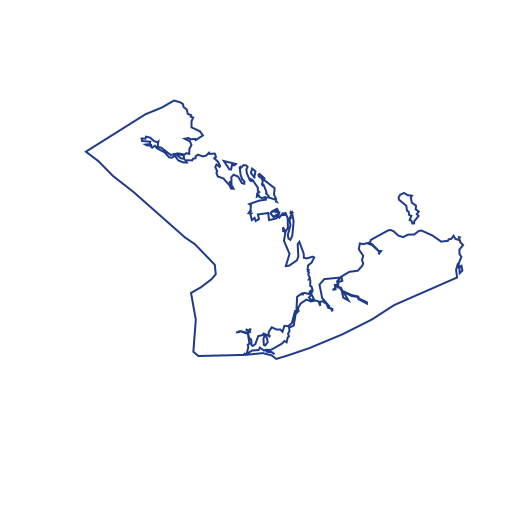 the district of Kaimana, Papua Barat, Indonesia, rotated 202°
{"feature_id": "22746128B93097528927367", "entity_name": "Kaimana", "entity_type": "district", "adm_level": 2, "iso_a3": "IDN", "parent_name": "Indonesia", "parent_adm1": "Papua Barat", "projection": "albers", "projection_center": [133.918, -3.548], "detail": "fine", "context": "isolated", "style": "outline", "palette": "blue", "viewbox_px": 512, "rotation_deg": 202, "n_neighbors": 0, "source": "geoboundaries", "source_scale": "gbopen_adm2", "svg_char_len": 6158}
<svg xmlns="http://www.w3.org/2000/svg" viewBox="0 0 512 512"><g transform="rotate(202 256 256)"><path d="M411.6,346.0L452.8,289.0L437.6,284.9L418.5,276.6L393.4,269.4L328.8,246.6L316.9,244.0L290.9,232.4L286.5,224.0L288.6,217.7L295.4,206.3L302.4,197.4L288.0,174.5L278.2,143.7L271.9,141.7L228.7,160.4L213.3,168.5L204.2,169.7L198.6,168.2L189.3,175.7L172.2,190.4L146.5,215.8L124.9,240.4L109.3,262.5L61.5,311.4L65.3,318.1L65.8,323.0L62.5,320.2L60.7,316.4L59.2,319.8L61.8,323.8L62.6,322.4L65.2,323.8L65.3,332.1L68.1,334.2L69.8,338.1L68.1,343.7L71.8,345.3L72.6,346.9L77.5,346.6L80.4,348.8L81.3,345.0L83.6,343.7L83.8,341.9L89.7,338.7L99.9,341.1L112.0,341.6L114.5,340.2L117.3,335.2L123.0,332.8L126.7,328.6L131.6,328.2L137.7,330.5L141.1,330.5L143.2,329.1L155.5,314.0L155.3,311.6L157.0,309.9L152.9,310.5L144.1,306.7L141.9,307.4L143.1,303.4L142.9,306.0L152.4,309.6L158.2,309.4L160.6,307.3L164.4,306.5L163.2,300.7L156.7,296.4L156.2,291.9L154.0,289.5L153.7,287.0L156.1,280.5L163.5,276.3L169.2,268.8L166.7,265.4L170.0,262.5L168.2,258.1L165.4,258.4L162.7,256.0L152.8,255.6L146.0,256.7L144.6,255.1L135.8,254.6L135.3,253.4L144.8,254.4L146.5,256.1L152.3,254.7L161.6,255.5L153.6,249.4L159.5,250.1L163.3,255.7L166.4,257.9L168.6,257.5L169.2,258.6L171.4,258.0L169.8,254.9L172.3,253.3L170.5,255.9L172.0,258.6L169.4,259.8L171.3,262.9L169.3,267.8L184.0,260.2L186.4,253.2L178.9,241.8L169.3,236.9L169.1,235.6L165.4,235.5L164.5,233.2L166.5,235.3L169.7,235.0L172.6,238.0L177.4,239.0L179.5,237.5L177.8,233.8L181.0,237.3L183.9,237.1L188.1,234.4L192.9,234.5L196.8,228.7L197.5,223.0L195.9,221.0L197.5,217.1L195.0,205.6L198.5,201.9L196.8,198.9L197.2,195.9L195.3,193.8L196.1,192.3L195.3,187.4L197.8,187.8L199.3,184.2L206.9,174.6L211.4,172.8L209.7,171.5L205.6,172.8L202.0,172.0L205.6,172.5L210.0,171.3L211.8,172.5L213.1,171.3L218.1,172.5L218.3,169.8L224.4,166.8L228.6,160.5L230.9,160.0L229.3,160.9L230.9,161.3L229.2,161.0L228.1,162.3L228.9,168.4L230.4,170.7L229.2,172.2L233.8,179.9L235.1,181.2L236.0,180.7L242.4,180.3L243.0,179.3L245.7,177.6L242.6,180.5L234.9,181.6L233.9,183.7L236.9,183.7L237.9,184.4L233.9,183.9L234.4,184.4L234.5,185.0L234.4,185.6L233.7,185.8L233.6,182.9L234.7,181.6L231.6,177.5L229.1,176.6L226.7,171.6L225.4,171.4L223.6,173.9L223.9,182.6L220.3,185.1L219.9,187.0L214.7,186.7L215.7,190.5L214.7,195.8L209.5,195.5L205.9,196.9L203.0,195.7L203.5,201.9L200.0,202.9L197.6,207.0L199.2,219.5L197.8,219.7L202.6,233.7L199.5,238.3L197.1,240.0L192.8,240.5L192.5,243.9L190.6,245.3L193.1,248.5L194.5,248.5L196.3,253.2L197.2,254.6L198.2,254.1L197.9,256.0L200.5,258.3L200.8,260.7L202.1,260.9L201.9,262.8L203.1,262.7L204.2,266.7L202.0,270.7L201.4,276.4L203.2,276.6L208.3,272.6L211.0,272.3L212.7,276.1L221.1,285.4L221.8,282.6L216.5,271.3L216.5,267.2L221.8,259.3L224.6,257.8L225.7,270.5L235.8,280.6L237.4,288.2L239.1,289.7L240.2,289.3L241.7,292.7L237.7,289.4L237.0,294.1L240.7,302.8L244.7,306.9L246.4,305.8L245.2,304.6L246.8,303.8L247.5,304.7L248.7,300.6L249.5,301.3L251.6,298.2L257.3,294.2L260.9,300.4L269.8,295.2L267.1,291.4L269.4,288.3L271.6,290.8L273.3,287.8L276.8,292.6L276.3,293.6L278.9,292.9L278.2,296.3L279.7,301.1L281.7,301.6L273.8,308.5L267.2,312.4L268.3,312.0L268.1,313.7L269.0,312.9L269.5,314.0L272.3,311.9L275.2,312.1L276.3,313.4L277.5,311.5L278.3,314.5L277.0,316.5L278.6,317.0L280.0,320.1L287.6,325.2L290.2,325.4L288.8,323.8L289.8,323.7L295.5,329.3L297.4,332.7L297.2,335.5L299.1,336.3L301.5,335.7L303.0,332.2L303.9,332.8L304.3,331.8L300.6,325.4L297.7,322.1L294.6,320.7L293.9,318.6L296.4,318.3L302.4,322.9L307.2,323.0L308.4,319.9L306.1,314.5L308.7,315.1L302.0,310.0L304.3,309.1L307.0,311.6L315.3,315.7L321.2,315.4L323.8,318.1L323.8,320.1L327.1,323.3L326.9,326.0L323.1,325.0L323.0,326.0L326.6,329.2L331.4,331.0L330.2,332.9L332.6,335.5L337.5,333.2L338.3,334.1L340.0,330.2L342.7,328.4L347.8,328.2L349.3,325.8L348.7,323.9L350.8,322.7L350.9,320.8L357.3,318.3L355.2,316.7L358.6,315.5L363.8,315.5L368.8,318.6L370.7,315.7L373.6,314.9L379.2,317.8L388.3,318.8L391.0,320.4L392.8,317.5L395.9,318.7L398.5,317.7L400.2,317.9L396.4,320.0L396.8,322.4L404.7,319.9L406.1,322.1L402.4,323.4L402.6,325.5L398.5,326.1L393.6,324.4L389.9,324.5L389.4,325.5L388.2,320.5L384.3,320.9L372.9,317.7L366.9,321.9L360.2,323.3L359.1,325.3L356.2,325.6L357.9,330.5L357.4,334.7L360.1,337.5L366.0,338.0L362.6,340.2L360.7,339.6L356.1,341.8L355.3,340.9L350.4,347.9L354.7,350.6L364.0,351.1L366.3,356.9L366.1,360.8L368.8,360.8L369.0,362.3L372.5,362.2L375.1,365.9L379.0,367.0L380.6,369.5L384.0,370.1L390.3,369.4L398.9,358.4L411.6,346.0ZM125.1,346.9L123.2,344.7L121.6,345.4L122.3,347.5L120.3,354.0L122.7,355.1L121.7,358.2L125.4,359.1L126.5,362.6L131.5,363.8L134.4,368.3L134.0,370.3L138.3,369.2L142.3,369.9L145.3,366.8L145.7,363.7L144.6,361.8L135.5,358.9L133.0,354.6L131.1,354.3L129.3,351.4L127.0,351.4L127.0,346.9L125.1,346.9ZM266.6,315.0L259.2,315.5L258.7,316.4L262.3,319.7L264.1,325.8L277.5,329.7L277.3,331.2L283.4,333.4L284.2,332.4L283.3,330.9L279.6,330.1L277.7,327.7L277.4,324.9L275.7,323.3L276.5,325.5L274.6,323.8L270.1,319.1L270.2,317.8L266.7,316.3L266.6,315.0ZM234.4,287.5L232.4,284.3L230.2,283.9L229.9,288.2L234.0,302.0L238.5,309.2L239.0,304.0L238.0,304.2L238.5,302.0L235.6,297.5L234.4,287.5ZM313.2,326.4L311.5,326.9L312.4,331.3L309.9,332.0L309.1,333.8L321.4,332.0L313.2,326.4ZM258.6,301.0L254.3,298.7L254.2,300.6L253.7,299.5L252.5,300.7L250.8,300.0L250.6,301.2L252.1,302.0L251.0,302.4L251.5,303.9L250.5,303.3L250.7,305.2L257.4,303.6L258.6,301.0ZM292.3,335.6L291.9,331.1L286.0,327.7L287.2,328.6L288.2,334.3L292.3,335.6ZM214.0,176.4L212.9,180.4L214.9,183.9L218.2,185.8L218.1,182.0L215.4,176.5L214.0,176.4ZM362.3,318.5L358.9,319.1L361.0,322.4L368.3,320.4L362.3,318.5ZM188.8,235.9L186.2,237.6L190.0,241.2L191.4,237.4L188.8,235.9ZM254.2,307.7L256.8,304.6L252.2,305.9L254.2,307.7ZM394.1,320.1L395.8,319.1L394.8,319.0L394.1,320.1ZM239.1,310.0L240.4,310.0L240.1,309.0L239.1,310.0ZM197.4,238.1L198.9,238.3L199.3,237.5L197.4,238.1ZM191.7,243.9L191.3,242.6L190.7,243.5L191.7,243.9ZM74.0,349.6L74.9,349.4L74.3,348.5L74.0,349.6ZM213.1,187.8L214.0,186.7L213.5,186.4L213.1,187.8ZM277.0,296.5L277.7,295.8L277.6,295.4L277.0,296.5ZM257.5,314.4L258.7,314.0L257.0,314.0L257.5,314.4Z" fill="none" stroke="#1e3a8a" stroke-width="2"/></g></svg>